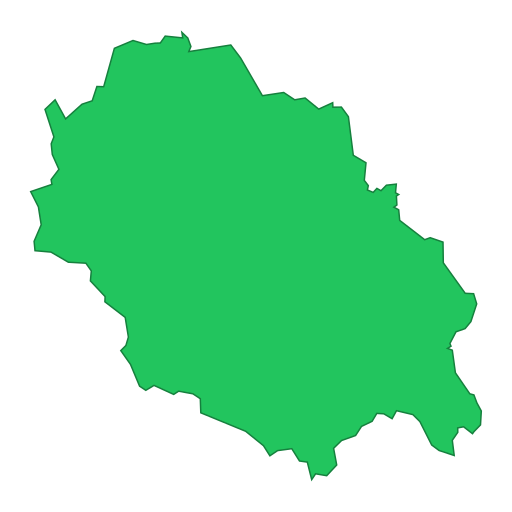 Chashka, Čaška, North Macedonia
{"feature_id": "65306769B55292490733903", "entity_name": "Chashka", "entity_type": "district", "adm_level": 2, "iso_a3": "MKD", "parent_name": "North Macedonia", "parent_adm1": "Čaška", "projection": "albers", "projection_center": [21.618, 41.602], "detail": "fine", "context": "isolated", "style": "filled", "palette": "green", "viewbox_px": 512, "rotation_deg": 0, "n_neighbors": 0, "source": "geoboundaries", "source_scale": "gbopen_adm2", "svg_char_len": 1637}
<svg xmlns="http://www.w3.org/2000/svg" viewBox="0 0 512 512"><path d="M240.6,58.0L230.8,45.0L188.8,51.6L190.9,46.5L187.8,38.0L181.9,32.4L182.7,37.9L165.2,36.1L160.3,43.0L154.9,43.2L146.5,44.5L133.0,40.5L114.4,48.3L103.7,86.7L96.9,86.5L92.2,100.8L82.0,104.2L65.6,118.9L55.1,99.8L45.0,109.4L53.9,136.9L51.2,143.8L52.3,154.5L58.9,169.3L51.1,179.6L51.9,184.4L30.7,191.6L38.4,206.9L41.2,224.8L34.1,241.3L35.0,250.7L51.0,252.1L68.3,262.2L85.9,263.2L91.3,270.9L90.4,280.9L105.1,296.6L104.9,301.8L125.2,317.4L128.4,337.1L125.9,345.5L120.8,350.6L130.5,364.4L139.6,386.2L145.8,390.3L154.0,385.4L173.7,394.4L178.6,391.2L192.9,393.8L200.3,398.7L200.8,412.8L245.7,431.3L263.5,445.7L269.9,455.8L277.6,450.6L291.8,448.7L299.5,461.0L307.3,462.1L311.7,479.6L315.6,473.8L326.7,475.7L336.7,465.0L333.6,448.3L341.6,440.5L355.6,435.5L361.5,426.4L372.1,421.3L376.8,413.4L383.8,413.8L392.1,418.7L396.5,410.7L412.9,414.6L419.9,421.6L431.7,445.0L439.1,450.5L454.2,455.5L452.3,440.3L457.8,432.3L457.7,427.9L463.6,426.8L472.5,433.7L474.0,431.6L480.5,424.9L481.3,411.0L476.9,402.9L473.9,394.9L469.8,393.8L455.4,372.8L452.3,350.2L447.5,348.4L451.0,346.2L449.9,343.5L456.0,331.8L465.1,328.6L470.9,321.6L476.7,303.9L473.6,293.7L465.2,293.3L443.3,262.8L443.0,242.1L430.2,237.7L424.7,239.7L399.7,220.4L398.7,209.8L393.9,207.2L396.9,205.0L396.4,196.0L398.7,194.5L395.5,192.8L396.3,184.1L386.4,185.2L381.0,190.7L376.9,188.4L373.2,192.4L367.4,190.0L368.3,185.6L364.3,180.4L366.0,162.8L353.3,155.3L348.4,116.7L341.4,107.1L332.9,107.2L332.7,102.7L318.7,109.1L305.1,98.0L294.7,99.8L283.7,92.5L262.4,95.7L240.6,58.0Z" fill="#22c55e" stroke="#15803d" stroke-width="1.5"/></svg>